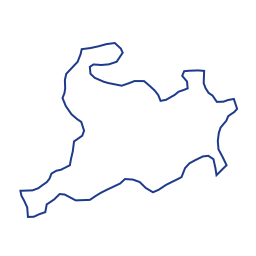 Neo Chorio Lefkosias, Cyprus, rotated 268°
{"feature_id": "46923920B66080060660819", "entity_name": "Neo Chorio Lefkosias", "entity_type": "district", "adm_level": 2, "iso_a3": "CYP", "parent_name": "Cyprus", "parent_adm1": "", "projection": "equal_earth", "projection_center": [33.459, 35.22], "detail": "fine", "context": "isolated", "style": "outline", "palette": "blue", "viewbox_px": 256, "rotation_deg": 268, "n_neighbors": 0, "source": "geoboundaries", "source_scale": "gbopen_adm2", "svg_char_len": 1515}
<svg xmlns="http://www.w3.org/2000/svg" viewBox="0 0 256 256"><g transform="rotate(268 128 128)"><path d="M77.8,214.8L87.4,225.2L95.8,221.5L103.5,217.7L111.9,217.3L120.0,218.6L125.3,220.6L131.8,226.5L136.4,228.6L140.3,234.8L143.3,237.7L153.3,234.8L152.5,229.0L151.0,224.4L151.0,217.7L157.5,213.6L160.2,209.8L165.1,206.9L170.1,205.2L182.4,206.1L183.1,200.2L183.1,191.1L182.8,186.1L178.2,184.0L172.4,188.6L165.5,189.0L164.0,184.8L162.5,179.8L159.4,175.7L154.8,166.9L154.0,161.5L159.8,159.4L164.4,156.1L169.0,151.5L174.3,145.7L174.7,136.1L172.8,130.7L170.5,123.2L173.6,109.9L175.1,105.3L179.3,96.5L183.5,92.4L190.4,92.0L192.7,95.7L191.9,103.6L192.3,111.1L194.6,119.0L203.4,125.3L207.6,123.6L210.1,121.1L213.4,117.8L212.6,109.4L210.7,101.5L209.2,93.2L208.4,84.5L203.4,83.2L195.8,79.9L193.3,77.3L190.0,74.0L184.3,68.2L178.2,66.6L169.7,66.6L165.1,65.7L160.2,63.6L152.1,66.6L143.7,72.0L138.7,77.4L135.7,81.5L126.8,84.0L121.9,82.0L116.5,73.6L106.6,72.0L98.9,69.9L92.8,68.6L88.6,59.5L87.8,54.9L85.1,49.9L80.1,47.8L76.7,44.9L74.0,40.7L70.9,36.2L69.0,30.3L69.0,24.1L69.0,18.3L64.1,19.1L59.1,21.6L52.2,24.5L42.6,24.9L42.6,30.8L44.9,36.2L46.8,42.4L54.5,44.1L59.1,51.6L64.4,57.4L63.7,62.4L57.5,73.2L57.5,79.9L57.5,87.4L61.4,93.6L64.4,99.0L67.1,104.9L69.4,110.3L72.8,118.2L77.1,123.2L76.3,131.1L73.6,137.8L67.5,143.6L62.9,150.7L65.2,156.5L69.8,164.0L72.1,169.0L75.1,175.7L77.1,179.8L85.9,183.6L90.5,188.1L93.5,194.0L97.0,201.9L97.4,207.3L93.9,212.3L84.7,214.0L77.8,214.8Z" fill="none" stroke="#1e3a8a" stroke-width="2"/></g></svg>